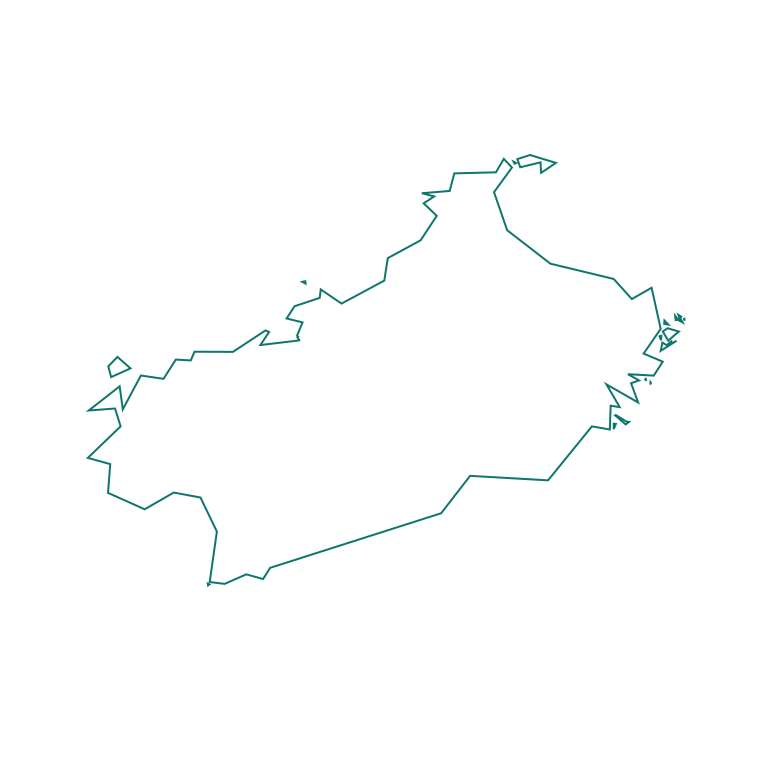 Sardegna, Nuoro, Italy (Mercator projection), rotated 64°
{"feature_id": "23120603B31191283857260", "entity_name": "Sardegna", "entity_type": "district", "adm_level": 2, "iso_a3": "ITA", "parent_name": "Italy", "parent_adm1": "Nuoro", "projection": "mercator", "projection_center": [9.015, 40.086], "detail": "medium", "context": "isolated", "style": "outline", "palette": "teal", "viewbox_px": 768, "rotation_deg": 64, "n_neighbors": 0, "source": "geoboundaries", "source_scale": "gbopen_adm2", "svg_char_len": 1964}
<svg xmlns="http://www.w3.org/2000/svg" viewBox="0 0 768 768"><g transform="rotate(64 384 384)"><path d="M270.2,622.6L278.4,661.0L288.1,636.5L306.6,639.3L320.6,682.6L336.0,665.2L360.9,679.8L391.7,654.0L389.4,620.6L405.6,598.7L443.4,598.9L485.6,627.5L493.8,614.8L494.7,591.2L506.3,578.2L499.3,566.9L525.2,389.3L504.3,346.9L542.5,278.8L513.2,215.7L523.9,201.0L502.9,189.8L508.1,182.3L481.9,184.2L512.0,163.7L491.6,161.6L492.6,153.2L482.1,160.5L494.7,137.9L486.1,123.7L470.5,137.3L455.7,111.1L414.8,101.3L416.3,124.0L390.3,131.5L348.8,181.7L299.8,205.9L259.8,201.0L245.5,174.1L234.2,177.6L242.8,190.6L225.5,228.5L239.3,240.3L229.1,266.4L237.4,256.7L239.0,269.1L256.0,262.9L270.9,288.1L272.5,325.4L291.2,338.4L293.1,386.9L271.3,399.4L278.4,404.0L274.9,430.3L282.4,442.8L292.9,430.2L302.5,441.0L303.8,440.5L304.2,441.4L307.5,440.9L307.6,441.3L294.8,478.0L286.9,464.5L283.9,467.0L288.9,505.7L271.9,540.2L278.1,547.3L270.8,560.4L282.7,579.9L269.8,598.8L292.3,629.9L270.2,622.6ZM260.6,132.6L242.2,152.4L240.3,165.6L248.9,166.5L253.4,146.2L263.1,150.2L260.6,132.6ZM258.8,605.0L242.8,611.7L247.3,624.1L258.2,626.2L258.8,605.0ZM466.1,96.0L458.3,104.5L459.0,110.4L469.6,109.5L466.1,96.0ZM475.5,120.8L473.4,102.1L473.7,107.3L471.6,107.0L473.0,113.0L468.8,115.6L475.5,120.8ZM526.3,184.5L525.5,180.4L524.0,182.6L513.5,189.2L513.5,190.0L526.3,184.5ZM455.2,102.4L449.9,104.1L452.8,105.8L455.2,102.4ZM525.3,197.3L521.5,193.1L520.4,194.9L525.3,197.3ZM466.1,115.8L462.2,113.5L461.9,115.4L466.1,115.8ZM459.6,88.6L455.3,88.8L456.0,91.2L459.6,88.6ZM455.0,91.5L450.4,92.5L454.4,93.9L455.0,91.5ZM453.8,87.3L450.8,89.2L454.9,89.6L453.8,87.3ZM243.3,168.4L241.0,170.1L243.2,170.1L243.3,168.4ZM259.4,410.5L257.1,409.7L256.4,412.6L259.4,410.5ZM501.2,144.9L500.1,143.6L499.3,143.7L501.2,144.9ZM496.1,147.0L494.1,146.6L494.3,147.2L496.1,147.0ZM487.6,628.8L486.2,629.9L487.9,630.4L487.6,628.8ZM458.9,86.0L457.0,85.4L457.0,85.9L458.9,86.0Z" fill="none" stroke="#0f766e" stroke-width="2"/></g></svg>